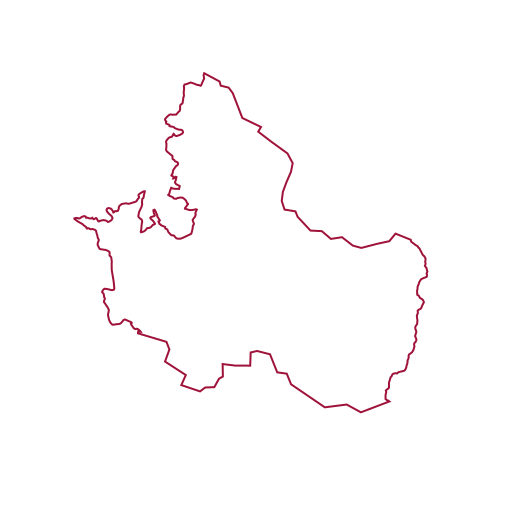 outline of Kapan, Syunik, Armenia, rotated 203°
{"feature_id": "60910142B33530441096586", "entity_name": "Kapan", "entity_type": "district", "adm_level": 2, "iso_a3": "ARM", "parent_name": "Armenia", "parent_adm1": "Syunik", "projection": "orthographic", "projection_center": [46.399, 39.181], "detail": "fine", "context": "isolated", "style": "outline", "palette": "rose", "viewbox_px": 512, "rotation_deg": 203, "n_neighbors": 0, "source": "geoboundaries", "source_scale": "gbopen_adm2", "svg_char_len": 6078}
<svg xmlns="http://www.w3.org/2000/svg" viewBox="0 0 512 512"><g transform="rotate(203 256 256)"><path d="M375.1,404.0L374.9,402.0L373.0,398.9L373.2,397.1L373.2,391.6L373.6,391.0L375.5,391.0L376.9,390.5L380.3,390.5L383.9,390.2L386.9,387.3L388.8,385.9L388.7,383.8L388.0,382.9L387.5,381.7L386.2,377.6L385.3,376.3L384.9,375.1L384.7,372.9L384.0,371.1L383.8,369.5L383.4,368.7L383.4,367.5L384.1,366.6L384.6,365.4L384.2,363.5L383.5,362.4L382.9,360.0L383.7,358.2L384.7,355.0L388.1,353.4L389.8,353.0L390.9,352.2L392.2,349.6L393.1,346.9L393.1,346.1L392.7,345.6L391.1,344.7L391.3,344.1L390.4,342.8L387.1,342.9L386.5,342.4L386.4,341.8L385.4,341.8L383.1,342.5L381.9,342.5L380.8,342.0L378.0,342.0L376.3,342.2L374.0,343.0L372.8,342.8L372.1,342.2L371.5,341.3L371.6,340.1L373.3,337.8L375.9,335.4L377.1,335.2L378.2,335.4L378.8,336.0L379.6,336.2L380.0,333.0L381.1,332.0L382.1,331.3L383.0,329.2L383.5,327.4L383.5,326.3L383.0,325.2L382.3,324.4L381.2,321.6L380.2,318.4L378.8,317.4L372.0,315.4L370.8,312.9L370.4,312.6L368.9,312.5L367.7,311.6L365.1,311.6L364.4,311.3L363.7,310.4L363.7,309.0L364.7,307.6L365.8,302.6L365.0,299.2L365.4,298.1L365.3,297.0L363.0,296.8L362.4,296.4L362.5,295.0L362.1,295.2L360.8,297.6L360.1,297.6L359.5,294.6L359.4,292.2L358.8,291.6L357.5,290.9L353.5,290.6L353.0,287.7L357.4,286.0L359.1,285.6L360.7,285.7L360.6,282.3L360.3,280.5L360.2,279.0L360.7,278.1L360.4,277.7L355.1,277.5L354.5,276.9L353.6,276.9L351.8,277.5L350.9,278.7L349.5,279.6L348.4,280.3L346.4,281.0L343.8,280.4L342.2,279.7L339.8,277.6L339.0,277.5L338.9,277.0L340.1,272.2L339.9,271.8L335.1,272.3L333.0,273.2L330.4,274.9L329.5,275.6L328.6,275.6L328.6,271.7L327.7,270.7L327.5,268.1L327.9,267.2L328.4,264.5L327.7,263.4L326.0,261.8L325.6,260.8L325.8,259.8L325.8,258.9L325.0,256.1L324.5,253.3L324.3,251.1L330.4,244.2L332.1,242.6L333.5,241.8L335.6,241.2L336.4,241.2L339.5,242.7L340.5,242.6L341.6,242.1L342.5,242.2L346.2,243.9L347.8,245.6L348.8,245.9L350.1,245.8L351.0,247.2L354.7,247.2L355.7,247.3L356.1,247.7L357.4,247.8L358.5,249.0L359.2,249.4L359.3,249.8L358.7,250.2L358.4,251.0L358.5,251.3L362.4,253.9L362.8,254.9L365.7,257.7L366.8,258.6L367.7,258.9L368.4,258.0L366.9,255.7L365.0,253.8L365.4,252.9L368.0,250.7L368.2,249.9L367.7,249.2L364.4,248.1L361.8,246.4L361.6,246.1L361.7,245.6L363.1,244.4L364.0,241.6L364.5,240.9L365.3,240.1L367.1,239.1L367.8,236.6L368.6,235.1L370.1,233.6L371.1,232.9L371.5,233.2L372.0,235.6L373.8,241.1L374.1,242.9L374.8,244.2L375.7,244.9L377.4,245.2L379.3,246.0L380.0,246.9L380.8,250.8L380.6,256.5L380.9,259.1L381.8,260.5L383.0,264.1L382.4,265.4L382.4,266.3L383.1,268.7L383.4,271.3L383.7,272.1L384.9,271.4L387.6,267.6L388.0,266.2L387.7,265.6L386.6,264.5L386.6,263.3L387.2,261.9L387.3,260.5L387.6,259.5L388.5,258.5L392.9,254.8L393.6,254.3L396.5,253.6L399.9,251.4L401.3,248.7L401.3,247.1L400.8,245.9L400.8,243.6L401.7,242.8L403.0,242.4L403.5,241.9L403.7,241.0L404.3,240.3L405.7,241.7L407.0,242.5L408.2,242.9L409.9,242.7L411.0,242.2L411.6,241.3L411.6,240.0L410.8,238.9L408.3,237.6L404.7,236.4L403.3,235.4L402.8,234.5L403.1,232.4L405.0,229.8L405.8,229.5L407.1,229.9L408.1,230.0L410.6,229.4L413.5,227.3L414.0,226.5L414.7,226.3L417.7,228.5L418.2,228.4L419.2,226.9L419.9,226.4L421.6,227.2L421.7,226.8L422.3,226.2L424.1,225.5L426.1,225.4L427.3,224.8L427.8,225.4L428.5,225.8L429.4,225.6L430.1,225.4L431.7,223.8L433.0,221.7L433.5,221.4L435.4,221.1L436.3,220.8L437.9,219.7L437.7,219.2L433.6,218.2L427.8,217.5L426.8,217.0L423.5,216.2L422.8,215.4L422.2,215.2L421.6,215.9L420.2,216.2L419.4,215.9L418.2,216.2L417.0,217.0L414.5,217.2L413.1,216.7L411.6,214.6L410.1,212.9L408.7,210.8L407.1,209.6L406.8,208.8L406.8,206.6L406.3,204.7L405.7,203.9L403.3,201.9L402.7,201.5L401.9,201.5L396.9,202.8L394.9,202.9L392.7,202.6L391.9,201.7L391.4,200.1L390.9,199.1L389.7,198.8L388.6,198.0L386.5,194.4L386.0,192.8L383.3,186.7L377.0,176.8L373.7,170.7L373.6,169.7L374.4,168.8L375.5,168.2L380.3,167.4L382.8,166.6L383.4,165.2L383.7,163.4L383.6,162.7L381.4,161.6L379.6,158.7L378.8,158.1L378.4,157.6L378.3,155.3L378.1,154.3L375.3,152.6L374.3,151.8L373.2,151.3L370.9,149.4L370.2,148.4L369.3,144.1L368.5,142.8L366.2,139.7L364.2,137.9L361.6,136.7L360.6,136.9L357.3,139.0L356.1,139.5L354.6,140.6L354.0,141.6L352.8,145.5L351.7,146.4L344.9,146.3L344.3,145.9L344.7,145.4L344.8,145.0L344.0,144.1L340.4,141.8L338.7,141.5L337.5,142.4L335.8,142.5L335.0,142.3L334.7,141.9L333.5,141.8L332.6,141.2L334.9,140.7L334.8,139.8L334.4,138.7L304.9,142.0L299.2,136.1L298.5,123.3L274.1,119.0L274.3,108.0L254.6,109.5L251.4,115.1L243.1,119.0L242.1,128.6L239.4,132.1L244.5,143.5L232.6,146.9L218.5,152.8L223.2,165.1L217.9,169.0L204.7,171.0L191.0,157.2L181.7,159.7L173.6,151.6L133.5,143.6L114.5,154.7L98.4,153.1L76.4,174.2L78.1,174.6L79.0,174.4L80.9,175.0L82.3,178.4L82.7,179.8L82.8,181.1L83.1,181.9L83.9,182.8L83.7,183.7L82.8,184.9L82.1,186.7L84.1,191.3L84.7,197.1L84.2,198.1L84.2,200.1L83.6,201.3L82.0,202.5L80.3,203.0L79.9,204.0L79.1,205.0L74.8,208.2L74.3,209.3L74.1,210.9L74.2,212.5L74.6,213.9L74.7,216.1L75.1,217.7L75.7,219.0L75.6,220.9L75.9,222.5L76.6,223.9L76.6,225.2L74.9,228.0L74.5,229.6L74.4,231.3L74.8,234.6L75.8,236.1L76.2,237.4L75.5,239.6L75.5,240.8L75.8,242.0L78.3,244.5L78.7,248.5L79.1,249.4L80.7,251.0L81.6,252.8L81.6,254.0L81.1,256.2L82.1,259.5L84.6,263.8L84.7,264.9L84.6,266.1L84.9,267.1L85.8,268.8L85.4,270.0L84.0,271.4L83.5,273.1L83.7,274.5L83.4,279.1L85.2,280.8L86.9,281.3L88.7,281.5L90.8,283.1L92.4,283.3L94.1,286.8L94.5,288.9L95.2,290.7L95.3,292.0L95.2,293.6L95.5,295.5L95.2,298.0L94.9,299.1L93.6,300.7L90.9,303.3L90.7,303.9L91.3,305.6L92.2,306.7L92.1,308.5L93.5,310.2L94.1,311.3L96.7,312.9L96.7,314.3L96.9,315.2L97.9,316.6L98.7,319.4L99.6,320.6L101.2,321.6L102.6,322.0L103.3,322.5L108.6,326.9L110.0,327.3L111.1,328.2L112.7,328.3L118.7,329.8L119.9,331.4L136.3,331.1L139.1,321.7L149.3,314.5L162.2,304.6L170.9,303.4L184.2,306.9L193.7,301.0L205.1,304.6L215.8,300.7L233.1,308.4L237.1,312.5L247.9,309.9L253.8,316.7L256.3,325.5L256.8,335.6L256.7,347.1L258.5,355.8L267.1,362.7L285.8,367.0L302.5,371.3L301.8,376.7L322.5,377.7L341.0,396.8L347.0,400.3L355.0,399.0L357.7,402.4L375.1,404.0Z" fill="none" stroke="#9f1239" stroke-width="2"/></g></svg>